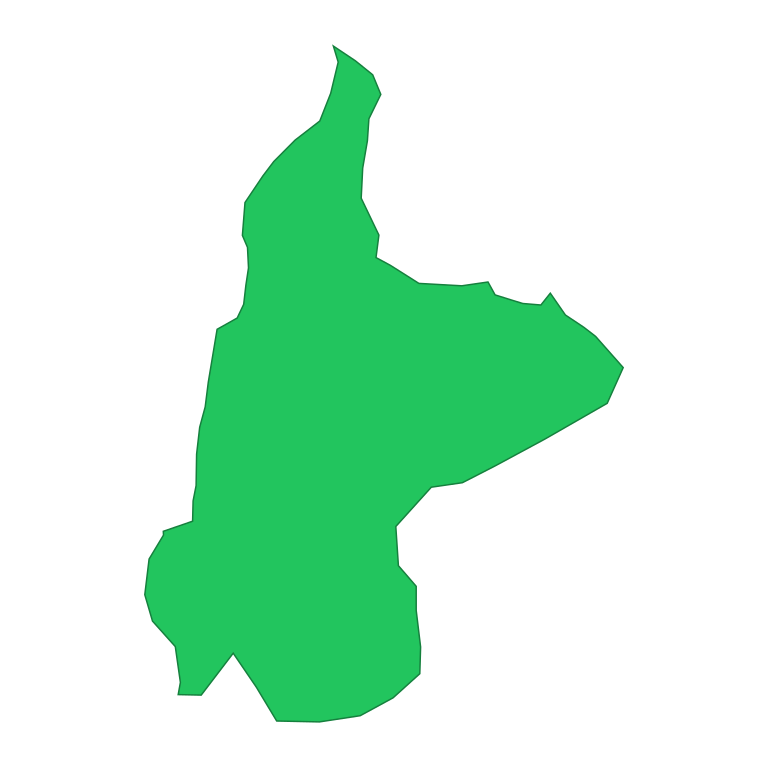 Pano Akourdaleia, Paphos, Cyprus
{"feature_id": "46923920B48631542853704", "entity_name": "Pano Akourdaleia", "entity_type": "district", "adm_level": 2, "iso_a3": "CYP", "parent_name": "Cyprus", "parent_adm1": "Paphos", "projection": "orthographic", "projection_center": [32.446, 34.944], "detail": "fine", "context": "isolated", "style": "filled", "palette": "green", "viewbox_px": 768, "rotation_deg": 0, "n_neighbors": 0, "source": "geoboundaries", "source_scale": "gbopen_adm2", "svg_char_len": 990}
<svg xmlns="http://www.w3.org/2000/svg" viewBox="0 0 768 768"><path d="M163.3,531.3L163.5,535.1L149.1,559.0L144.8,594.7L152.5,621.1L175.3,646.6L180.4,682.4L178.2,694.6L201.2,695.1L233.2,653.2L256.3,687.1L276.7,721.0L319.4,721.9L360.2,715.7L393.1,697.8L411.7,681.0L419.8,673.7L420.6,647.0L416.2,610.4L416.2,586.3L398.4,565.7L395.8,526.5L431.3,487.2L462.4,482.7L495.3,465.8L545.0,439.0L607.2,403.3L623.2,367.6L595.6,336.4L584.1,327.5L565.4,315.0L550.3,293.2L540.9,305.0L522.8,303.5L510.4,299.7L495.1,294.9L488.0,282.0L461.8,285.8L418.9,283.4L390.3,265.3L376.0,257.6L378.9,235.1L361.2,198.2L362.7,168.1L367.4,140.8L368.9,118.8L380.8,94.4L372.7,74.8L355.5,60.9L333.4,46.1L338.2,62.1L330.7,93.3L319.8,121.0L295.1,140.1L273.8,161.5L262.9,175.9L245.0,202.5L242.4,235.4L247.5,247.4L248.5,267.9L245.9,285.1L243.7,304.3L237.2,318.0L217.1,329.3L208.3,382.1L205.2,406.9L199.7,427.2L196.6,454.2L196.1,485.6L193.1,500.9L192.6,521.2L163.3,531.3Z" fill="#22c55e" stroke="#15803d" stroke-width="1.5"/></svg>